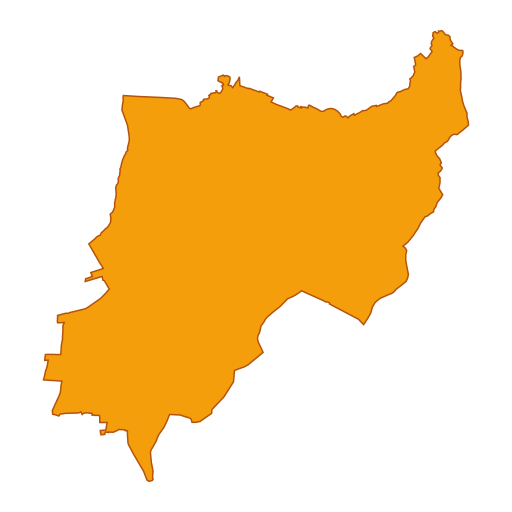 outline of Stalpeni, Arges, Romania
{"feature_id": "2599482B83298907900991", "entity_name": "Stalpeni", "entity_type": "district", "adm_level": 2, "iso_a3": "ROU", "parent_name": "Romania", "parent_adm1": "Arges", "projection": "natural_earth1", "projection_center": [25.0, 45.053], "detail": "fine", "context": "isolated", "style": "filled", "palette": "amber", "viewbox_px": 512, "rotation_deg": 0, "n_neighbors": 0, "source": "geoboundaries", "source_scale": "gbopen_adm2", "svg_char_len": 5905}
<svg xmlns="http://www.w3.org/2000/svg" viewBox="0 0 512 512"><path d="M363.6,324.6L364.2,323.8L368.2,317.6L370.8,312.8L372.3,307.3L373.7,304.7L375.0,302.7L377.2,300.6L380.4,298.2L388.1,294.8L390.4,294.0L392.4,293.0L394.4,291.4L395.9,289.5L406.0,281.6L407.6,278.2L408.4,274.4L406.5,264.8L405.7,259.9L405.8,254.3L406.7,250.7L405.4,248.1L403.0,246.2L407.8,242.2L412.9,236.0L418.3,227.9L420.4,223.4L424.9,216.9L428.0,215.7L430.4,213.5L433.4,212.0L434.1,209.1L435.9,206.5L437.3,202.4L440.8,198.1L442.7,194.8L438.8,188.3L440.0,182.9L440.0,177.5L438.5,175.5L438.1,173.1L440.0,171.5L441.6,169.6L442.2,167.9L441.8,167.2L440.5,165.8L440.0,164.7L441.4,162.9L439.6,158.7L437.3,156.1L435.6,153.1L435.3,151.1L437.2,149.4L442.6,145.1L444.4,143.0L446.7,141.8L448.5,139.9L449.3,138.0L450.7,136.3L452.4,134.9L453.9,134.3L457.2,134.6L459.0,133.0L462.8,130.1L468.5,125.1L468.2,121.4L467.3,118.3L466.9,115.5L467.0,113.2L464.0,106.0L462.6,101.5L461.6,96.0L460.3,90.4L460.6,87.7L460.6,82.6L461.0,79.2L461.0,75.2L460.8,71.1L459.8,64.4L459.8,60.4L460.4,57.6L462.2,55.9L462.9,53.6L462.9,50.9L461.9,50.4L459.0,50.3L457.8,49.8L455.9,48.6L452.5,46.0L451.0,45.3L452.9,43.8L450.3,40.1L449.9,36.5L447.9,35.0L446.5,35.1L445.2,34.4L442.9,31.4L441.8,30.7L439.7,31.1L438.5,31.1L438.8,31.7L438.6,32.3L437.4,33.2L436.9,33.1L436.4,32.7L435.3,31.6L434.6,31.8L433.1,32.7L433.2,33.7L432.8,34.4L432.7,36.5L433.5,37.3L433.9,38.0L433.7,38.5L432.9,39.3L431.5,41.9L431.4,43.1L431.2,43.5L431.3,44.0L432.0,45.1L431.9,45.6L430.1,48.2L430.1,48.7L430.7,49.6L431.6,50.5L432.0,51.8L431.8,52.2L430.5,53.6L428.2,56.9L426.0,58.7L420.6,53.5L417.7,55.9L414.2,57.5L415.4,63.0L415.6,65.1L413.7,66.5L414.8,72.0L413.5,74.8L413.2,75.9L411.7,77.2L411.4,77.8L409.8,78.9L410.4,80.6L410.4,81.7L409.9,83.3L409.7,86.2L408.2,88.7L404.4,89.6L399.8,91.8L397.8,92.1L396.8,92.9L395.4,95.5L390.7,101.0L388.9,101.7L387.7,103.2L383.5,103.8L376.5,106.5L376.3,105.4L371.9,106.2L366.3,110.3L363.9,110.7L362.7,110.6L359.9,112.4L354.4,115.2L353.8,113.6L350.0,115.9L347.9,117.8L346.2,116.2L345.1,115.9L343.0,117.3L341.1,116.1L340.2,114.0L337.6,111.2L334.7,109.3L331.7,108.5L330.6,108.5L328.2,108.9L326.9,109.3L325.4,110.0L323.9,111.1L322.4,111.4L321.0,111.3L316.8,108.8L313.5,107.4L309.5,105.2L308.9,105.2L308.2,106.3L308.0,107.8L307.5,108.0L306.5,107.6L305.2,107.2L302.4,107.0L300.9,106.7L301.2,107.9L298.1,107.1L297.9,106.3L297.1,105.8L296.1,106.0L292.6,108.8L290.6,110.1L287.7,108.6L277.1,104.7L271.1,102.0L273.4,97.9L267.0,95.3L267.6,94.3L259.7,91.2L259.3,92.0L249.1,88.3L248.6,88.7L239.9,85.7L239.4,76.8L237.8,80.4L236.3,82.1L235.3,83.5L234.6,85.0L232.7,87.7L230.9,85.6L228.2,85.3L228.2,84.4L229.2,83.0L229.6,81.5L230.1,78.5L230.0,77.4L229.4,76.6L226.8,75.7L225.5,75.7L224.4,76.4L223.9,75.5L223.2,75.1L218.4,77.1L218.0,80.7L219.9,81.9L220.6,81.9L221.2,82.2L221.6,82.8L222.4,82.9L223.0,83.3L223.5,84.8L222.8,84.8L222.5,85.6L221.9,85.9L222.3,86.1L222.6,86.5L222.4,87.4L222.9,88.4L222.4,89.6L221.0,92.1L220.0,93.3L218.4,93.1L217.4,92.4L216.6,92.2L216.9,91.7L216.9,91.1L216.5,90.8L216.0,90.8L216.2,91.4L216.0,92.1L215.5,92.5L214.8,92.9L213.7,92.8L212.5,93.3L211.3,93.3L210.8,93.6L210.5,94.8L210.3,94.9L209.6,94.8L208.8,95.5L209.5,97.3L209.1,97.9L208.6,98.4L207.7,98.6L206.9,99.0L203.9,99.2L203.7,99.4L203.9,99.8L202.9,100.6L202.8,101.3L201.2,101.9L200.3,102.4L200.1,103.0L200.4,104.5L199.7,105.7L194.3,107.3L191.2,108.6L190.4,108.7L189.5,108.3L188.6,107.4L187.8,106.0L184.4,101.6L182.7,100.2L181.3,99.4L175.5,98.3L161.5,97.5L136.8,96.4L123.3,95.5L123.0,98.0L123.3,100.3L122.6,103.8L121.9,109.9L127.5,125.3L129.2,136.6L129.3,140.6L127.5,147.8L127.5,149.2L127.8,150.3L126.2,151.9L125.5,154.0L124.4,155.7L122.7,159.6L121.6,163.3L120.8,167.2L119.9,169.2L120.2,171.1L119.7,173.5L119.7,175.1L118.4,177.9L118.1,178.8L118.4,180.3L118.1,182.7L117.7,183.7L116.5,185.1L116.2,185.8L115.7,188.4L115.9,189.8L116.2,194.3L115.6,198.8L115.2,199.7L115.1,201.3L114.6,202.9L114.7,207.3L112.6,212.1L110.2,214.2L110.9,218.3L110.5,222.5L107.9,226.9L105.1,229.1L104.7,229.7L101.3,232.8L100.1,235.3L98.6,235.7L96.9,236.8L94.1,239.5L88.8,243.9L100.4,264.0L101.5,265.4L103.3,268.5L90.8,272.5L92.3,276.5L90.1,277.2L89.9,277.5L85.7,278.7L85.2,281.5L102.1,276.5L103.0,280.3L104.1,280.5L104.6,281.1L109.3,289.1L107.0,291.5L106.5,292.4L100.5,298.5L87.0,307.9L84.8,308.9L69.6,312.6L68.2,313.3L66.0,313.2L57.6,315.4L57.4,321.8L57.6,322.8L64.2,322.6L63.2,324.9L62.8,326.6L63.0,330.1L62.4,338.0L62.7,338.4L61.8,342.7L61.3,346.2L60.9,353.4L60.6,354.6L50.0,354.4L46.0,354.4L45.4,354.6L44.7,360.4L48.2,360.2L47.2,366.1L46.5,368.6L45.7,370.5L45.3,371.9L45.0,374.1L43.5,379.9L61.8,381.1L60.8,387.3L60.8,388.7L60.3,392.6L58.8,396.4L52.3,410.6L52.5,411.2L52.6,414.2L56.1,415.0L58.8,416.0L60.4,413.9L63.1,413.8L65.0,413.4L68.8,413.2L77.8,413.0L78.9,412.9L80.9,411.8L82.2,414.5L83.1,413.7L84.6,413.0L86.4,412.8L92.1,413.4L92.0,415.1L94.5,415.1L94.6,415.4L98.1,415.3L99.7,415.9L99.8,422.5L107.1,422.5L105.8,430.0L100.3,430.5L100.4,432.2L101.0,434.8L104.8,434.4L105.1,432.5L105.4,432.0L108.1,432.4L108.1,432.5L108.7,432.5L108.7,432.0L113.1,432.3L117.5,430.4L118.8,429.5L125.3,429.9L125.3,430.7L127.4,430.8L127.5,435.9L128.0,442.9L128.6,444.8L133.4,453.9L143.7,471.5L147.0,480.1L149.0,481.3L152.2,480.5L153.0,479.6L153.0,478.8L152.7,478.4L152.6,476.6L153.0,470.9L151.3,462.2L150.4,452.2L150.8,450.9L151.2,449.7L152.5,447.6L156.4,440.7L157.1,438.4L158.9,434.5L163.7,427.7L164.4,426.4L167.1,420.8L169.5,414.6L170.0,414.5L180.4,415.0L183.8,416.3L189.7,418.0L191.1,419.2L192.0,422.3L195.8,422.3L200.0,421.5L211.7,413.3L211.8,409.7L224.1,396.7L233.5,381.8L234.5,370.4L244.4,366.8L248.2,364.7L263.1,352.4L258.2,342.0L257.5,338.6L257.9,335.7L259.3,333.1L260.2,330.1L261.0,326.0L263.6,322.5L265.8,318.7L267.7,316.7L273.7,311.5L280.0,306.6L287.6,298.8L293.4,296.2L295.7,294.9L299.0,292.7L301.5,290.8L322.7,300.3L325.9,302.0L327.3,301.8L329.7,303.1L329.5,304.0L358.4,319.2L363.6,324.6Z" fill="#f59e0b" stroke="#b45309" stroke-width="1.5"/></svg>